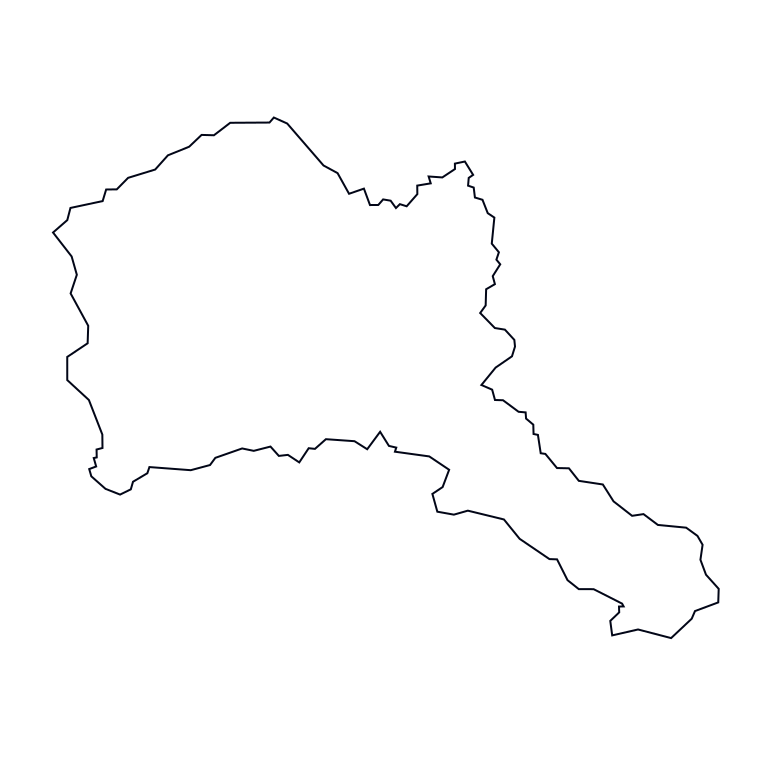 Non Sa-At, Udon Thani, Thailand (Mercator projection), rotated 176°
{"feature_id": "78962969B30121377049744", "entity_name": "Non Sa-At", "entity_type": "district", "adm_level": 2, "iso_a3": "THA", "parent_name": "Thailand", "parent_adm1": "Udon Thani", "projection": "mercator", "projection_center": [102.818, 16.969], "detail": "medium", "context": "isolated", "style": "outline", "palette": "ink", "viewbox_px": 768, "rotation_deg": 176, "n_neighbors": 0, "source": "geoboundaries", "source_scale": "gbopen_adm2", "svg_char_len": 1957}
<svg xmlns="http://www.w3.org/2000/svg" viewBox="0 0 768 768"><g transform="rotate(176 384 384)"><path d="M480.0,652.8L519.2,655.3L536.3,644.0L548.6,645.2L561.8,634.3L583.6,627.2L597.3,613.9L624.9,607.5L637.0,596.8L647.6,597.4L651.9,586.1L684.5,581.5L688.5,569.6L703.6,558.2L686.7,533.0L682.8,514.4L690.3,496.2L675.0,462.7L676.8,445.3L698.1,433.1L699.7,410.0L679.5,388.6L668.5,353.2L669.3,339.8L675.3,338.7L675.7,330.8L678.7,330.4L676.9,321.8L684.0,319.7L682.4,312.3L669.1,298.8L655.0,292.1L643.9,296.6L641.2,304.0L626.3,311.5L623.8,317.5L582.8,311.5L563.2,315.3L557.4,322.1L530.0,329.6L518.6,326.4L501.6,329.5L493.9,319.6L484.8,320.0L474.0,311.7L463.6,325.2L457.4,324.1L445.8,333.0L417.4,329.0L405.3,320.1L391.2,336.6L383.4,321.9L376.2,319.7L377.8,315.7L343.9,308.6L325.0,293.9L332.7,277.1L343.4,271.0L339.7,252.9L323.4,248.8L309.2,251.8L273.8,240.5L259.5,220.1L231.2,197.8L223.6,197.0L214.6,175.5L204.0,165.8L189.2,164.7L161.8,148.3L160.5,145.4L165.1,145.6L165.3,139.8L174.8,131.9L173.9,117.3L147.7,121.4L115.3,110.5L93.4,128.4L89.6,135.8L65.8,142.8L64.4,156.3L76.1,171.3L80.6,186.6L77.4,201.4L81.9,210.6L92.6,219.6L120.6,224.3L134.2,236.1L145.7,235.2L163.2,250.9L172.7,268.5L196.4,273.8L205.4,287.0L217.3,288.1L227.9,303.0L232.5,304.0L234.0,322.5L238.3,323.7L237.9,333.0L244.7,339.6L244.7,345.8L251.7,346.9L266.4,359.5L274.4,360.3L276.5,370.8L286.9,376.2L271.5,392.6L254.4,402.7L250.7,412.2L250.9,418.9L259.6,429.8L269.5,432.1L283.1,448.1L277.1,455.3L275.5,471.4L266.4,475.9L268.0,484.0L259.7,495.3L263.2,500.2L260.2,507.4L266.7,516.5L262.3,542.3L268.6,547.2L272.9,560.9L280.3,563.7L280.8,573.7L286.3,576.0L285.1,583.7L280.5,586.4L287.8,600.3L297.9,598.9L298.2,593.5L311.4,586.0L325.0,587.9L323.4,580.9L337.0,579.6L337.5,571.1L349.0,559.7L355.6,562.3L359.8,558.7L364.6,566.4L372.0,568.2L377.2,563.0L385.5,563.5L390.4,580.3L405.6,576.2L415.6,597.6L429.1,606.2L462.4,650.6L475.3,657.5L480.0,652.8Z" fill="none" stroke="#020617" stroke-width="2"/></g></svg>